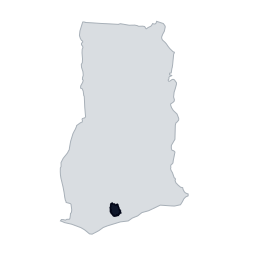 Assin South, Central, Ghana (highlighted), rotated 4°
{"feature_id": "2480657B73071492710762", "entity_name": "Assin South", "entity_type": "district", "adm_level": 2, "iso_a3": "GHA", "parent_name": "Ghana", "parent_adm1": "Central", "projection": "natural_earth1", "projection_center": [-1.29, 5.529], "detail": "fine", "context": "in_parent", "style": "filled", "palette": "ink", "viewbox_px": 256, "rotation_deg": 4, "n_neighbors": 0, "source": "geoboundaries", "source_scale": "gbopen_adm2", "svg_char_len": 5080}
<svg xmlns="http://www.w3.org/2000/svg" viewBox="0 0 256 256"><g transform="rotate(4 128 128)"><path d="M155.9,21.3L157.7,23.4L158.1,24.5L157.5,28.9L156.1,32.0L155.2,34.9L155.4,36.3L156.2,37.8L159.0,40.0L160.5,41.5L162.2,43.7L164.2,45.9L167.5,48.7L169.0,49.2L168.9,50.0L168.4,51.1L168.1,61.7L167.9,64.4L167.6,65.8L167.3,69.7L167.0,70.3L166.3,70.2L165.7,70.4L165.6,71.2L165.8,72.0L167.9,72.5L167.4,73.1L165.9,73.7L165.2,74.9L165.5,76.2L164.7,77.3L164.9,78.0L165.5,78.6L166.3,78.4L168.7,76.5L169.7,76.3L170.9,76.7L173.2,79.5L173.3,80.9L172.4,85.5L171.5,89.1L171.3,93.9L172.3,96.5L172.2,98.0L171.1,99.3L168.8,101.1L169.0,102.4L170.0,104.7L172.0,107.4L175.9,110.6L177.9,114.8L178.0,116.5L176.8,118.3L175.4,119.7L175.0,121.9L175.6,136.0L172.5,142.2L172.5,143.9L172.8,146.0L173.6,147.2L175.2,147.5L176.5,148.7L176.0,153.0L175.4,157.4L175.3,159.5L174.9,160.5L173.7,161.4L173.2,162.8L173.5,164.5L173.3,165.7L174.0,167.4L175.4,169.4L177.6,174.5L178.5,174.9L178.9,175.9L178.6,177.0L179.5,179.2L182.0,181.5L184.6,183.4L186.7,183.7L187.2,185.4L188.6,187.7L189.6,188.6L191.3,189.3L192.6,189.6L192.7,191.5L190.3,192.8L188.7,194.7L187.4,197.7L185.7,200.9L179.9,202.6L177.6,202.7L165.6,202.7L154.3,209.1L147.8,211.4L143.8,215.0L138.5,217.6L134.7,220.7L126.9,222.2L114.2,227.1L110.2,229.0L106.1,232.4L99.6,236.4L97.0,236.3L91.8,232.6L88.0,230.7L78.5,227.9L71.4,226.8L68.0,225.6L67.1,225.4L67.9,224.0L69.9,223.9L71.9,224.3L73.5,223.3L75.8,223.2L76.4,222.1L76.6,219.4L76.6,217.3L77.4,216.3L77.6,213.7L76.5,208.1L75.7,207.4L71.5,206.6L71.2,205.5L70.5,204.3L69.7,201.4L68.8,197.0L67.4,191.6L64.6,182.7L63.9,179.6L63.5,176.4L63.3,172.6L63.9,171.2L63.8,169.2L63.6,167.2L65.5,162.7L69.4,157.1L70.2,155.1L70.9,153.8L71.0,151.8L71.7,145.3L73.5,137.5L74.7,134.6L75.5,133.0L76.4,130.4L76.6,129.1L80.2,126.1L81.8,125.3L82.1,124.1L81.6,122.7L81.8,121.8L82.7,121.4L84.0,121.0L84.9,119.8L83.4,110.2L82.3,100.6L82.2,99.7L81.5,98.4L80.8,94.5L79.6,92.1L77.9,91.5L77.9,89.3L79.6,85.6L80.0,83.4L79.2,82.8L79.1,81.1L79.7,78.4L79.4,76.7L79.1,74.9L77.4,70.7L77.0,67.7L77.9,66.0L77.8,62.2L76.9,56.3L76.8,52.6L77.4,51.1L77.1,49.6L75.8,48.2L75.7,46.8L76.8,45.5L76.7,44.5L75.4,43.7L74.2,41.9L73.1,39.1L73.3,34.5L75.3,26.0L75.6,25.3L77.8,25.4L77.9,25.7L84.9,25.6L93.0,25.6L102.6,25.4L111.4,25.3L111.7,25.0L113.2,24.5L122.0,25.4L127.5,24.9L129.9,25.2L131.6,25.8L135.4,25.4L137.5,25.6L139.0,27.7L139.6,27.7L140.5,26.8L142.0,25.8L143.6,25.0L144.7,23.4L145.3,22.1L146.4,22.4L147.8,22.3L148.8,21.2L149.1,19.6L155.9,21.3Z" fill="#d9dde1" stroke="#a8b0b8" stroke-width="1"/><path d="M120.2,216.3L120.3,216.3L120.4,216.2L120.5,216.2L120.6,216.4L120.5,216.5L120.6,216.8L120.8,216.9L121.0,216.8L121.2,216.7L121.3,216.8L121.4,216.7L121.5,216.7L121.8,216.5L122.0,216.5L122.2,216.4L122.3,216.3L122.6,216.4L122.7,216.2L122.8,216.2L122.8,215.7L122.8,215.4L123.0,215.4L123.3,215.4L123.6,215.5L123.7,215.8L123.8,215.7L123.7,215.6L123.8,215.5L123.9,215.4L124.0,215.5L124.2,215.4L124.3,215.4L124.3,215.5L124.5,215.6L124.5,215.4L124.4,215.4L124.4,215.2L124.5,215.2L124.6,214.9L124.7,214.7L124.8,214.7L124.8,214.3L125.1,214.3L125.0,214.1L125.0,213.9L125.3,213.7L125.6,213.5L125.8,213.4L126.0,213.4L125.9,213.3L125.8,212.9L125.9,212.7L126.0,212.4L126.2,212.5L126.3,212.6L126.5,212.6L126.7,212.8L126.8,213.0L127.0,213.1L126.9,213.0L127.0,213.0L126.9,213.0L126.8,212.8L126.8,212.7L126.7,212.6L126.4,212.5L126.4,212.4L126.2,212.1L126.1,211.7L125.9,211.6L125.5,211.2L125.4,211.1L125.2,210.6L125.2,210.3L125.3,210.3L125.4,210.2L125.5,210.2L125.4,210.1L125.2,210.1L125.0,209.9L124.9,209.8L124.9,209.7L124.7,209.4L124.7,209.1L124.5,208.8L124.5,208.7L124.5,208.3L124.4,208.2L124.2,208.2L124.1,207.8L124.0,207.7L123.9,207.6L123.8,207.4L123.8,206.8L123.7,206.7L123.7,206.4L123.8,206.4L123.3,206.3L123.4,205.6L123.3,205.4L122.8,204.8L122.7,204.8L122.6,205.0L122.4,205.0L122.3,205.3L122.2,205.4L122.1,205.5L121.9,205.5L121.9,205.4L121.7,205.3L121.2,205.5L121.0,205.8L120.9,205.7L120.6,205.7L120.4,205.6L120.2,205.4L120.2,204.9L120.2,205.0L120.1,204.9L119.9,204.8L119.5,204.8L119.4,204.8L119.2,204.8L118.9,204.8L118.6,204.9L118.4,204.8L118.2,204.8L117.9,204.9L117.4,204.0L116.5,204.6L116.4,204.7L116.5,204.8L116.4,205.1L116.4,205.3L116.3,205.5L116.2,205.6L116.3,205.7L116.3,205.8L116.3,206.1L116.3,206.3L116.2,206.3L116.2,206.5L116.1,206.9L116.1,207.0L116.4,207.1L116.5,207.3L116.4,207.5L116.2,207.7L116.1,207.8L116.1,208.0L116.2,208.3L116.0,208.5L115.8,208.6L116.0,209.3L116.0,209.5L116.1,209.8L116.0,210.0L116.2,210.3L116.3,210.3L116.5,210.4L116.6,210.5L116.8,210.5L116.8,210.8L116.8,211.0L117.0,211.2L117.0,211.3L116.8,211.4L116.6,211.6L116.4,211.8L116.3,211.7L116.2,211.6L116.2,212.1L116.2,212.3L116.3,212.5L116.4,212.8L116.5,212.7L116.6,212.8L116.8,212.8L117.0,212.8L117.2,213.0L117.3,213.1L117.4,213.3L117.5,213.4L117.6,213.6L117.6,213.8L117.4,214.1L117.3,214.3L117.5,214.5L117.8,214.7L117.8,214.8L118.0,214.9L118.4,214.8L118.6,215.0L118.8,215.4L118.8,215.5L118.9,215.8L119.0,215.9L119.0,216.0L119.2,216.3L119.4,216.3L119.5,216.3L119.6,216.5L119.7,216.4L119.8,216.4L120.0,216.3L120.2,216.3Z" fill="#0f172a" stroke="#020617" stroke-width="1.5"/></g></svg>